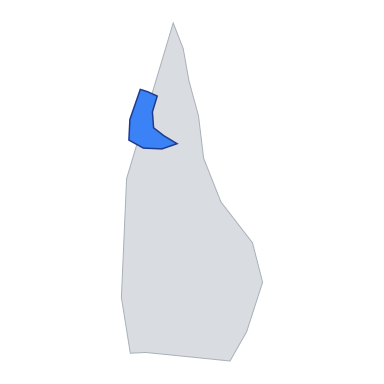 location of Gamprin within Liechtenstein
{"feature_id": "LIE-4897", "entity_name": "Gamprin", "entity_type": "state/province", "adm_level": 1, "iso_a3": "LIE", "parent_name": "Liechtenstein", "parent_adm1": "", "projection": "mercator", "projection_center": [9.505, 47.21], "detail": "fine", "context": "in_parent", "style": "filled", "palette": "blue", "viewbox_px": 384, "rotation_deg": 0, "n_neighbors": 0, "source": "natural_earth", "source_scale": "10m", "svg_char_len": 512}
<svg xmlns="http://www.w3.org/2000/svg" viewBox="0 0 384 384"><path d="M230.0,361.0L146.0,352.5L130.3,353.2L121.4,297.5L126.6,178.6L173.2,23.0L183.2,48.6L189.0,81.1L198.5,115.8L203.6,158.2L220.9,201.9L252.5,242.8L262.6,282.3L246.6,331.8L230.0,361.0Z" fill="#d9dde1" stroke="#a8b0b8" stroke-width="1"/><path d="M128.9,140.1L129.9,119.4L140.3,89.4L147.6,91.7L157.2,96.1L152.4,111.9L153.6,127.8L163.8,135.7L177.0,143.7L162.0,148.9L143.4,148.1L128.9,140.1Z" fill="#3b82f6" stroke="#1e3a8a" stroke-width="1.5"/></svg>